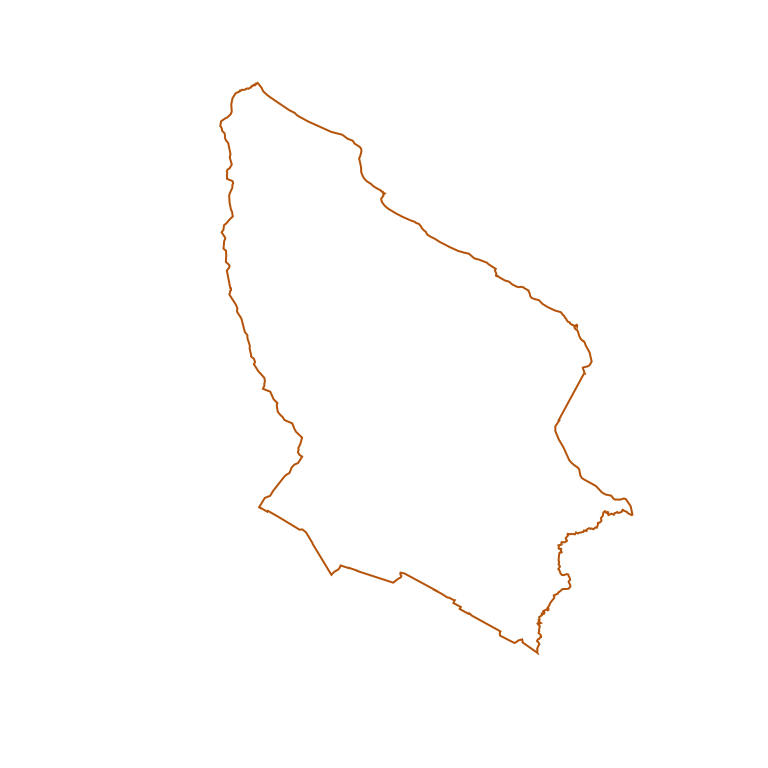 outline of Onkaparinga, South Australia, Australia, rotated 122°
{"feature_id": "25037944B62747843124796", "entity_name": "Onkaparinga", "entity_type": "district", "adm_level": 2, "iso_a3": "AUS", "parent_name": "Australia", "parent_adm1": "South Australia", "projection": "albers", "projection_center": [138.568, -35.187], "detail": "fine", "context": "isolated", "style": "outline", "palette": "amber", "viewbox_px": 768, "rotation_deg": 122, "n_neighbors": 0, "source": "geoboundaries", "source_scale": "gbopen_adm2", "svg_char_len": 6166}
<svg xmlns="http://www.w3.org/2000/svg" viewBox="0 0 768 768"><g transform="rotate(122 384 384)"><path d="M522.3,114.3L521.1,116.5L521.0,117.9L520.4,118.2L519.0,118.1L517.8,117.3L516.3,117.4L515.5,116.7L514.9,116.9L513.9,118.1L513.2,121.0L511.6,121.2L511.0,121.9L509.8,122.5L506.9,123.4L505.9,126.8L505.3,126.7L504.5,124.9L503.6,124.3L503.7,126.8L502.4,126.8L502.1,127.8L501.2,127.4L499.5,128.9L496.5,127.6L495.2,128.5L494.7,127.0L493.9,126.5L492.8,126.8L492.6,127.3L492.9,128.5L492.5,128.7L489.3,126.8L489.0,126.4L489.1,125.2L488.6,124.9L487.2,125.6L487.1,126.0L487.6,126.6L487.3,126.7L485.0,126.5L480.9,127.0L475.3,126.3L474.3,126.7L473.7,127.8L473.3,128.0L469.8,125.5L468.5,125.7L465.8,124.6L463.5,124.1L460.1,119.2L458.0,118.6L456.8,118.7L455.8,119.6L454.0,122.6L453.3,122.8L451.6,122.4L451.0,122.6L449.4,124.7L448.8,126.0L448.1,126.5L447.9,127.0L448.2,128.1L450.9,130.4L451.7,132.1L451.0,134.1L448.9,136.7L448.6,138.1L445.7,138.0L445.2,138.5L444.6,140.2L442.0,141.2L441.2,142.4L436.4,144.9L434.1,145.7L433.6,145.4L433.0,144.3L432.4,144.2L432.0,145.5L430.0,146.3L430.0,146.8L431.1,148.1L431.0,148.7L429.4,149.4L428.4,150.6L427.5,149.9L426.3,148.3L425.9,148.3L424.6,149.5L423.9,149.5L422.6,147.0L420.2,145.7L419.5,146.3L419.2,147.5L418.4,148.2L415.0,147.7L414.3,148.7L413.7,148.8L412.8,146.6L411.6,145.2L410.3,142.4L408.1,142.5L408.0,140.3L406.9,139.8L403.8,136.5L402.3,136.8L401.4,134.4L400.4,135.1L397.5,133.6L397.4,132.1L396.5,131.4L396.2,129.4L393.6,128.7L393.1,127.4L389.6,128.1L388.5,129.0L388.0,128.7L387.3,127.6L385.2,127.1L384.3,127.4L382.8,129.0L379.7,128.6L376.8,129.9L374.7,129.2L374.6,128.8L375.5,127.3L375.3,126.8L374.0,126.4L374.0,125.9L376.0,124.7L376.2,124.2L373.4,122.4L373.1,119.8L371.3,120.0L370.2,118.9L369.1,118.5L369.1,116.8L366.9,114.9L366.1,114.6L364.8,115.1L364.1,114.9L364.3,112.9L363.9,111.4L363.9,109.8L364.3,108.9L364.0,105.0L363.8,104.4L363.1,104.1L357.0,110.0L353.5,117.8L354.0,119.9L356.9,122.4L359.7,127.1L359.7,128.4L358.3,132.1L360.2,137.3L360.5,139.8L360.3,142.3L358.2,150.2L359.0,164.4L358.8,166.6L357.3,169.3L353.2,173.0L352.3,174.6L352.0,179.5L351.5,183.1L350.4,186.6L342.6,198.3L338.4,206.4L333.0,213.9L329.0,216.3L322.0,216.0L322.1,216.7L271.5,219.8L268.8,219.9L268.7,219.4L264.9,224.0L264.0,223.6L261.7,221.1L260.1,220.0L258.6,219.6L254.9,219.8L248.3,226.4L244.4,233.4L242.4,235.9L241.8,237.7L242.1,237.9L242.1,238.5L241.6,240.9L239.8,243.9L236.3,247.9L235.9,250.8L235.2,250.8L235.8,251.1L235.4,252.1L234.5,252.7L232.4,251.5L232.9,250.8L231.8,251.3L231.7,252.0L234.2,253.3L233.8,254.9L234.2,256.0L234.1,257.5L234.0,258.4L233.3,259.1L233.7,261.2L233.1,262.8L232.3,263.8L231.9,265.5L230.8,267.3L230.6,269.1L230.1,269.9L229.4,272.3L231.1,278.0L232.0,285.6L232.1,292.0L230.8,297.1L232.4,302.0L232.7,304.6L232.0,306.5L229.5,309.0L228.8,310.6L228.1,311.0L228.4,315.4L228.1,316.7L229.0,319.4L230.4,320.9L231.1,322.9L231.6,328.3L231.0,331.5L231.2,333.4L232.1,336.0L232.4,341.7L232.2,344.6L233.0,345.7L232.9,346.2L232.1,346.0L232.0,346.8L230.8,347.3L228.9,350.2L227.1,350.2L227.1,358.2L226.6,361.1L228.2,369.5L229.6,373.9L228.5,381.2L230.0,385.2L231.8,391.4L233.0,400.2L234.0,412.3L233.9,417.8L234.4,422.1L234.4,426.4L232.8,429.2L232.6,431.2L231.9,434.2L230.4,436.9L229.7,439.8L230.5,441.9L230.1,443.5L231.1,447.8L232.4,456.8L233.0,464.5L233.1,473.7L232.5,477.7L231.2,481.3L229.4,483.9L228.1,484.6L224.7,484.3L223.9,484.8L222.3,484.4L222.8,485.4L222.1,485.6L222.2,486.5L221.6,486.9L222.1,488.4L221.5,489.1L221.9,494.3L221.8,498.6L221.2,501.0L221.2,505.9L220.3,509.5L219.1,512.0L216.4,515.6L212.1,518.5L205.8,524.7L203.1,525.0L198.5,526.5L196.7,527.9L195.8,530.2L195.7,536.3L195.4,537.3L194.7,538.2L194.3,540.0L195.3,544.7L194.7,551.4L198.1,562.2L201.6,587.6L202.2,599.2L202.1,600.7L201.4,603.3L202.0,609.2L201.9,612.2L201.2,631.7L200.8,636.3L199.8,641.5L197.7,644.8L195.6,650.7L196.6,651.1L196.8,651.6L197.6,651.3L197.9,651.4L198.0,651.8L198.7,651.7L198.8,652.4L199.4,652.3L199.5,653.0L200.4,653.2L200.7,653.7L201.3,653.6L201.4,654.0L201.8,654.2L203.2,654.0L203.7,654.6L205.4,655.3L205.6,656.3L206.9,657.5L207.6,657.5L209.2,659.2L209.8,660.5L210.8,660.7L211.6,661.7L212.2,661.3L216.1,663.9L222.1,663.9L227.8,661.7L233.8,657.4L236.4,657.0L241.1,658.2L242.9,659.4L247.5,661.4L252.0,659.6L252.3,658.5L253.4,656.8L255.0,655.6L255.9,652.1L256.7,651.2L259.4,649.4L261.0,647.4L262.3,643.7L270.3,636.1L273.7,634.8L278.3,629.6L279.2,629.3L283.2,629.3L285.2,630.4L287.3,629.7L288.3,628.6L290.0,628.0L293.2,625.8L292.2,620.0L293.6,618.3L295.4,618.1L298.0,616.6L304.2,615.8L306.4,615.1L312.1,611.0L316.8,606.6L318.7,603.9L322.1,601.0L326.5,602.2L331.3,602.8L334.0,603.8L338.4,601.9L341.4,602.1L344.1,596.2L345.2,595.6L347.7,595.2L354.3,591.8L354.7,588.6L358.8,585.8L364.3,582.8L365.1,578.4L365.8,577.4L367.4,577.0L371.1,577.4L384.2,565.1L383.9,564.6L385.5,563.4L386.6,563.7L390.1,562.5L395.4,551.3L397.6,548.4L399.6,547.6L400.7,546.7L404.0,539.7L413.6,529.6L415.0,525.7L417.5,524.1L422.8,517.9L425.1,516.8L429.7,512.2L431.1,511.3L431.6,507.5L433.9,504.9L436.1,504.9L439.7,497.5L442.2,488.7L444.6,486.6L447.6,485.4L448.8,484.6L452.2,484.1L450.8,476.4L455.5,469.4L456.6,464.4L459.2,463.5L463.8,459.4L465.1,455.8L465.7,452.5L467.3,449.3L466.0,440.9L469.4,436.4L470.6,434.3L471.2,433.1L472.9,425.0L479.6,423.1L483.7,422.7L484.8,421.7L487.6,420.8L488.9,417.9L489.0,414.9L496.5,415.0L499.8,417.2L503.5,418.1L509.4,417.0L513.5,419.0L515.8,419.5L533.3,421.4L539.2,421.3L543.7,424.7L554.7,424.6L554.7,422.8L554.4,422.8L554.2,415.3L553.1,415.3L552.6,402.0L552.3,378.4L550.6,376.2L551.1,371.5L556.9,360.2L557.4,359.8L573.7,327.5L569.7,326.7L565.6,324.5L563.4,324.2L560.9,324.6L558.8,316.3L558.5,316.4L556.4,307.5L556.7,307.4L547.6,270.9L542.0,268.9L539.1,267.3L537.6,267.5L536.6,269.5L535.2,270.0L533.8,266.0L531.6,231.0L531.9,231.3L531.3,223.3L531.6,221.9L531.3,220.9L531.5,219.5L531.3,216.7L530.7,215.6L530.3,210.1L529.9,209.4L533.0,209.1L532.4,200.7L534.7,200.6L534.1,190.3L533.3,190.3L533.4,188.5L533.9,187.3L532.1,154.1L534.1,153.8L535.9,152.2L534.5,136.2L532.7,135.0L530.3,134.2L527.4,131.5L528.8,130.1L529.7,129.7L530.7,111.4L529.8,112.6L528.6,112.6L527.6,113.7L524.7,114.3L522.3,114.3Z" fill="none" stroke="#b45309" stroke-width="2"/></g></svg>